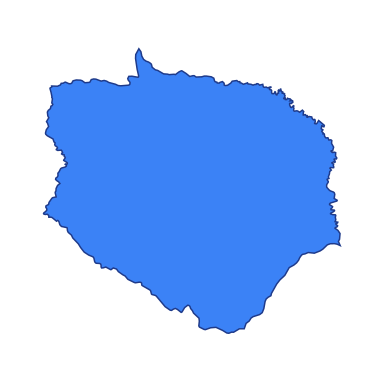 outline of San Pablo De Borbur, Boyacá, Colombia, rotated 97°
{"feature_id": "7082276B11762089183397", "entity_name": "San Pablo De Borbur", "entity_type": "district", "adm_level": 2, "iso_a3": "COL", "parent_name": "Colombia", "parent_adm1": "Boyacá", "projection": "mercator", "projection_center": [-74.122, 5.678], "detail": "fine", "context": "isolated", "style": "filled", "palette": "blue", "viewbox_px": 384, "rotation_deg": 97, "n_neighbors": 0, "source": "geoboundaries", "source_scale": "gbopen_adm2", "svg_char_len": 5852}
<svg xmlns="http://www.w3.org/2000/svg" viewBox="0 0 384 384"><g transform="rotate(97 192 192)"><path d="M286.5,245.0L288.9,238.1L289.0,237.0L287.9,233.2L287.9,231.8L288.6,230.9L290.5,230.5L291.0,229.9L294.4,221.8L295.2,221.0L298.2,219.8L298.6,219.3L299.1,215.9L299.6,214.8L309.1,204.7L312.0,199.2L312.0,197.8L310.7,196.4L309.6,194.4L310.3,192.2L312.8,188.1L312.3,187.3L307.6,185.2L304.9,182.4L305.0,181.3L305.7,180.2L307.9,179.1L309.8,177.1L312.0,175.7L316.4,169.7L319.3,169.0L324.1,168.9L324.8,168.4L325.2,168.1L326.9,163.3L327.0,162.0L324.5,157.0L323.4,151.7L325.7,144.6L327.7,140.3L327.7,138.2L326.3,135.7L326.1,133.6L322.0,128.3L321.4,123.5L315.8,122.3L313.1,119.5L309.9,118.0L308.3,116.2L305.4,109.9L303.2,107.6L299.0,106.5L291.7,106.1L289.1,105.3L287.1,103.5L285.3,101.0L283.0,100.8L273.0,96.7L268.5,94.0L263.4,89.7L255.2,86.3L252.1,82.0L249.6,79.6L246.7,77.9L244.1,77.1L241.3,75.6L240.3,74.4L239.7,72.4L237.9,69.3L237.8,63.1L234.9,57.7L232.8,55.2L227.9,51.2L226.5,48.4L225.9,44.3L226.1,41.6L227.1,38.4L223.1,40.7L221.0,39.8L215.2,40.0L212.3,42.5L210.6,45.6L210.0,45.5L208.7,43.6L208.1,43.4L207.6,43.4L206.7,45.1L205.9,45.3L205.0,43.8L204.2,43.6L204.0,46.4L202.0,45.9L199.4,46.7L198.0,46.4L197.2,46.8L197.3,49.6L196.8,51.8L196.4,51.9L195.8,51.4L194.6,49.5L193.4,48.3L192.9,48.3L192.6,48.6L192.7,51.9L191.8,52.1L190.3,50.8L189.3,50.7L187.8,53.9L187.1,54.0L186.1,53.3L183.3,47.1L182.5,46.9L181.1,50.1L176.9,50.0L175.4,50.7L174.8,51.6L174.0,54.9L173.0,56.5L170.9,58.8L169.8,59.1L168.3,59.2L165.7,58.0L165.0,58.0L163.3,59.4L162.7,59.3L161.9,57.7L160.4,58.5L157.3,57.8L154.9,57.8L153.3,56.4L151.6,58.0L150.9,57.6L150.7,54.9L150.6,54.4L150.0,54.3L148.3,55.0L147.0,54.8L146.5,56.4L146.0,56.7L144.7,54.9L145.1,54.0L144.9,53.6L143.9,53.7L142.6,54.9L141.9,54.8L141.6,52.7L140.6,52.4L138.9,53.9L135.4,54.2L135.1,55.5L135.7,57.1L135.5,57.9L134.5,59.0L134.1,58.8L133.9,57.4L130.2,56.9L126.8,59.4L123.9,59.5L123.3,60.5L123.7,62.5L121.6,63.7L122.0,65.6L121.6,66.2L120.5,67.2L118.4,67.7L118.1,68.1L118.3,69.1L117.2,69.1L116.3,70.4L115.8,70.6L114.6,69.7L114.2,69.7L113.7,71.3L113.4,71.5L110.4,71.3L110.3,71.0L111.2,69.9L111.2,69.0L110.1,68.7L109.6,68.9L105.6,75.0L108.5,76.3L109.2,76.9L109.2,78.3L108.9,78.7L107.4,78.2L105.5,78.6L105.0,79.1L105.6,80.3L104.3,81.7L102.9,82.3L102.8,84.9L103.8,86.7L103.6,87.1L102.5,86.7L102.1,87.0L102.3,88.1L101.4,88.9L101.4,89.3L102.0,90.3L102.0,91.0L99.4,91.2L98.6,90.9L97.3,92.4L99.7,94.9L98.7,97.0L98.7,98.3L99.3,100.1L99.1,100.7L98.3,101.2L96.6,101.0L95.7,101.6L94.2,101.4L94.0,101.9L96.0,103.5L95.9,104.4L93.9,105.6L92.6,105.9L92.1,105.8L92.0,103.9L91.1,103.7L90.8,102.9L89.4,103.1L89.1,103.5L89.6,105.9L88.9,105.5L88.6,104.7L87.6,106.0L87.7,107.3L87.3,108.7L88.7,109.2L88.9,110.5L87.5,110.9L88.3,111.9L88.0,112.3L85.2,111.3L84.1,112.3L83.4,112.0L82.8,113.0L83.0,114.4L82.7,114.7L81.7,114.2L81.1,115.6L79.0,116.5L79.2,116.9L81.0,117.2L81.1,117.5L80.2,118.4L80.7,118.8L83.3,118.2L83.6,119.1L85.3,119.6L85.2,120.2L84.4,120.8L82.5,121.4L82.4,121.9L84.0,122.4L84.5,123.0L84.5,124.6L83.4,125.2L81.6,125.3L81.0,125.8L80.9,127.3L80.3,127.8L79.5,127.7L78.6,126.4L78.1,126.6L78.6,128.2L79.2,128.8L79.3,129.9L78.8,131.1L79.3,133.1L78.8,134.1L76.5,134.9L77.7,138.0L76.7,139.2L76.5,140.7L76.9,141.3L77.4,141.4L77.8,143.3L78.5,144.4L77.9,146.5L77.9,149.6L76.9,150.2L78.8,154.1L77.8,156.5L77.8,157.6L76.6,158.0L76.9,159.6L75.9,161.1L77.1,165.6L79.2,166.8L81.8,169.8L82.3,172.1L82.0,173.0L80.1,173.4L78.7,175.2L79.7,177.5L80.6,178.3L80.7,180.3L80.0,180.6L79.7,182.5L78.9,183.2L76.4,184.2L75.3,186.9L75.2,191.7L75.5,194.1L76.5,196.4L77.4,201.9L76.3,204.0L76.4,205.1L77.6,208.3L75.1,212.3L73.0,216.7L73.0,217.4L74.4,219.6L77.5,222.8L77.3,224.1L78.3,229.0L78.0,230.6L78.2,234.6L75.5,240.9L75.2,243.3L73.1,246.7L70.1,247.9L69.3,248.9L68.3,251.0L67.7,253.6L66.3,256.2L63.2,258.4L59.0,259.8L56.3,262.2L62.4,264.6L66.4,264.3L76.9,261.4L83.0,259.2L84.2,259.1L84.7,259.6L84.4,265.7L84.9,268.8L87.2,269.6L88.6,269.0L90.7,266.9L91.7,266.8L92.9,266.9L93.7,268.0L95.3,275.8L95.3,278.4L94.4,281.0L93.4,288.0L92.4,290.2L92.0,292.8L93.0,295.7L91.7,301.1L91.8,303.4L92.7,305.7L95.3,306.7L95.7,307.2L96.6,311.6L94.9,314.7L94.6,316.3L94.9,320.5L96.1,323.6L98.7,324.7L99.3,325.7L99.5,327.3L98.4,330.9L98.5,331.5L99.7,333.1L100.1,335.1L101.7,335.6L103.4,338.4L103.9,344.2L104.7,343.9L106.2,345.6L106.8,345.5L110.4,344.0L114.3,342.7L115.2,342.7L116.4,341.9L120.7,342.0L121.9,340.8L123.3,341.4L124.0,342.5L126.5,342.7L128.5,344.6L130.3,345.3L134.0,344.4L135.8,343.2L139.9,345.0L141.3,343.8L144.5,342.3L148.0,344.2L151.4,344.6L152.5,344.2L153.8,342.5L156.3,336.4L159.1,335.1L159.9,333.9L161.8,334.0L162.4,333.6L162.9,333.2L163.3,332.0L164.4,330.9L164.9,330.9L166.2,331.9L166.6,331.8L167.1,330.3L166.4,326.9L166.9,326.3L168.9,325.2L169.2,325.8L170.1,326.1L170.7,325.1L170.7,323.4L172.3,323.1L172.9,322.1L174.1,322.2L175.6,323.1L176.3,323.2L177.8,320.0L178.3,319.3L179.2,319.2L179.5,319.5L179.6,321.1L180.0,321.3L180.8,319.9L181.8,319.9L182.8,321.2L184.0,324.2L184.8,325.2L188.1,326.4L189.7,327.4L192.2,327.0L193.7,327.6L194.9,328.9L196.2,328.9L197.5,327.1L198.1,325.7L199.7,324.1L201.8,326.2L205.0,327.3L207.6,327.2L208.7,327.7L209.5,327.7L213.4,326.2L214.6,329.6L215.3,330.3L219.6,332.6L221.9,332.9L223.5,335.2L224.8,335.3L226.6,334.0L227.9,334.0L229.4,335.1L230.6,336.4L231.6,336.7L232.0,336.3L232.2,334.9L231.7,333.0L232.7,331.4L234.5,331.0L234.2,329.2L234.3,327.9L237.5,322.9L236.6,321.9L236.7,321.4L237.6,320.5L240.6,319.2L242.1,317.4L242.6,312.0L242.9,311.5L245.6,310.9L247.2,309.9L249.5,306.4L252.2,304.7L257.3,298.5L260.8,295.7L264.8,291.7L267.2,286.8L268.4,282.4L269.6,281.3L272.8,280.2L273.7,279.6L274.4,278.5L274.2,275.0L274.6,273.9L275.9,273.3L277.5,273.1L278.4,272.5L278.1,270.9L277.0,268.4L279.0,263.3L278.9,262.8L277.0,260.9L277.7,257.5L280.0,255.4L282.6,250.6L283.5,248.2L286.5,245.0Z" fill="#3b82f6" stroke="#1e3a8a" stroke-width="1.5"/></g></svg>